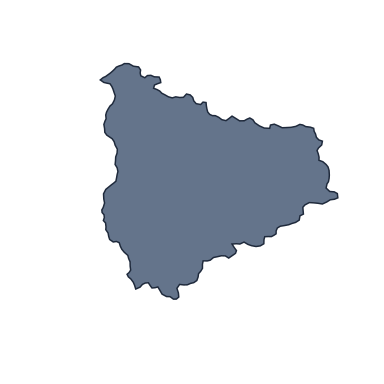 the district of São Sebastião do Oeste, Minas Gerais, Brazil, rotated 117°
{"feature_id": "56859067B21325416614515", "entity_name": "São Sebastião do Oeste", "entity_type": "district", "adm_level": 2, "iso_a3": "BRA", "parent_name": "Brazil", "parent_adm1": "Minas Gerais", "projection": "robinson", "projection_center": [-45.047, -20.253], "detail": "fine", "context": "isolated", "style": "filled", "palette": "slate", "viewbox_px": 384, "rotation_deg": 117, "n_neighbors": 0, "source": "geoboundaries", "source_scale": "gbopen_adm2", "svg_char_len": 3071}
<svg xmlns="http://www.w3.org/2000/svg" viewBox="0 0 384 384"><g transform="rotate(117 192 192)"><path d="M131.0,59.4L127.4,61.8L127.3,65.4L129.0,69.5L127.6,74.3L123.5,75.4L120.9,75.1L117.7,76.0L114.6,77.3L110.5,79.7L107.9,82.2L106.6,85.0L105.6,89.2L106.1,93.3L103.3,94.6L100.6,96.9L98.3,99.4L95.4,99.3L91.2,97.8L87.5,98.9L88.0,102.6L86.8,106.0L84.2,108.3L82.5,110.7L80.0,112.5L80.5,116.0L82.1,120.4L82.0,123.7L82.8,126.6L86.4,129.3L89.4,133.1L91.6,136.9L93.8,140.8L93.9,145.1L94.2,149.5L96.7,152.5L100.0,151.7L102.2,156.6L102.5,161.9L101.8,167.4L100.0,170.5L99.8,174.1L102.2,176.1L104.8,177.8L107.0,181.9L106.5,187.0L106.2,190.8L109.3,192.2L113.0,194.1L114.0,198.2L113.3,202.2L113.4,205.9L114.7,208.5L114.8,211.5L113.6,214.3L111.4,216.3L108.6,218.4L105.9,220.1L106.9,223.0L110.1,224.0L111.4,228.4L110.0,231.8L107.4,234.3L106.3,237.7L107.2,241.4L111.5,242.6L113.4,245.9L114.6,249.7L117.1,252.3L117.9,256.3L117.7,260.4L117.7,263.8L116.7,266.5L116.6,269.7L117.0,273.3L113.7,274.0L111.2,271.9L108.7,269.5L106.3,271.2L104.5,273.5L106.5,277.9L106.7,281.6L108.5,284.6L111.6,285.9L111.7,290.4L109.5,292.2L106.6,293.2L104.8,296.4L106.5,301.3L106.3,306.5L108.3,310.6L110.7,312.1L112.9,314.3L115.1,316.1L117.6,316.7L120.5,317.7L123.2,318.8L125.9,320.2L128.3,321.4L130.4,323.1L133.8,324.6L134.4,320.3L133.6,317.0L132.8,314.2L134.4,311.3L136.3,309.0L138.7,306.6L141.3,303.9L145.2,302.9L149.6,302.9L152.6,304.1L156.3,304.4L159.7,304.4L162.6,303.8L165.7,301.8L168.4,301.7L171.8,301.2L175.3,298.6L178.4,296.8L180.0,293.8L180.8,287.3L182.5,284.2L185.1,281.8L187.7,278.0L191.4,276.4L195.4,275.9L199.0,274.3L202.4,273.0L204.4,269.7L207.4,267.3L210.5,266.6L213.4,265.7L216.9,264.7L219.8,265.9L222.2,267.1L225.4,268.5L228.8,270.0L233.8,270.0L238.3,267.4L241.5,264.9L246.0,264.1L248.9,264.2L251.1,262.8L252.2,260.1L254.6,258.5L257.7,258.0L258.8,255.0L262.1,252.8L264.7,251.7L266.6,248.2L269.5,246.0L271.7,243.8L272.3,239.5L270.4,236.9L270.2,233.8L272.8,231.3L274.8,228.7L276.4,225.1L277.6,220.4L280.1,218.2L282.3,215.5L286.2,213.4L289.4,211.2L292.4,211.5L294.8,212.5L296.5,210.2L297.3,206.9L299.1,203.3L301.2,200.8L304.0,198.1L300.4,195.1L296.8,194.2L294.3,192.3L292.7,189.7L294.4,186.7L295.7,184.1L294.0,181.4L292.1,179.3L294.3,175.8L296.6,172.3L296.7,167.2L295.2,164.0L295.9,159.9L294.5,157.3L291.6,156.1L288.1,158.3L284.7,161.7L280.0,161.1L278.5,157.1L276.8,154.0L274.0,151.7L272.0,149.3L268.7,147.5L264.9,148.0L261.8,149.1L258.9,148.3L255.3,148.0L251.6,149.9L248.3,150.8L246.4,147.0L244.5,144.8L240.6,143.1L237.7,139.5L235.5,136.9L233.8,133.3L234.2,129.3L231.6,127.9L229.2,126.6L226.9,125.4L224.0,125.8L222.3,129.2L220.2,132.7L218.0,129.1L216.6,125.7L213.0,122.9L213.3,118.4L212.8,114.6L211.5,110.2L209.0,106.7L205.5,104.5L201.9,106.2L198.8,106.9L197.1,103.9L195.7,101.0L193.4,99.4L191.1,98.1L188.4,99.4L185.3,99.6L182.4,97.8L179.7,94.1L177.2,90.9L174.7,88.7L172.1,85.9L168.4,83.7L164.2,85.0L161.1,82.7L157.9,84.7L155.3,86.3L152.2,85.5L148.2,82.7L146.4,78.6L144.9,74.8L143.5,70.4L139.7,67.4L136.2,65.3L133.8,61.8L131.0,59.4Z" fill="#64748b" stroke="#1e293b" stroke-width="1.5"/></g></svg>